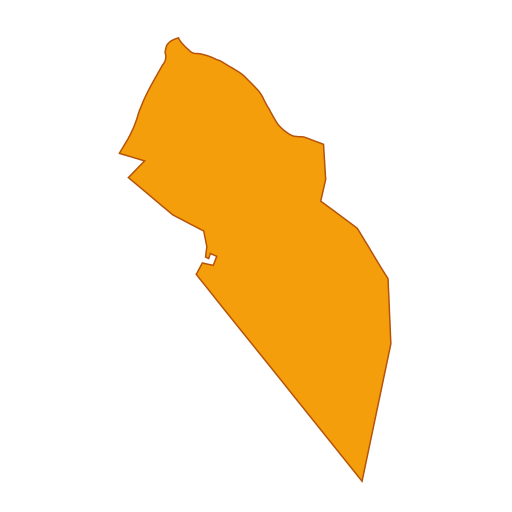 Al Hazm, Al Jawf, Yemen (Robinson projection), rotated 14°
{"feature_id": "15242507B39444871450258", "entity_name": "Al Hazm", "entity_type": "district", "adm_level": 2, "iso_a3": "YEM", "parent_name": "Yemen", "parent_adm1": "Al Jawf", "projection": "robinson", "projection_center": [44.848, 16.077], "detail": "fine", "context": "isolated", "style": "filled", "palette": "amber", "viewbox_px": 512, "rotation_deg": 14, "n_neighbors": 0, "source": "geoboundaries", "source_scale": "gbopen_adm2", "svg_char_len": 2329}
<svg xmlns="http://www.w3.org/2000/svg" viewBox="0 0 512 512"><g transform="rotate(14 256 256)"><path d="M128.0,63.1L127.0,63.7L124.0,65.7L121.1,68.3L119.5,70.7L118.6,72.6L118.5,73.2L118.3,74.8L118.3,78.0L118.6,80.6L120.1,83.5L120.6,86.3L120.6,88.7L120.1,91.1L119.2,93.0L116.4,103.1L114.1,111.4L112.2,118.7L111.0,124.0L110.7,125.1L109.3,132.2L108.4,138.5L107.7,143.1L107.4,146.7L107.2,151.6L106.5,158.4L105.8,162.9L104.7,168.3L103.4,173.6L101.1,181.2L98.6,189.3L98.6,189.5L106.0,189.8L124.9,190.7L122.5,194.8L113.2,210.8L132.5,220.2L139.3,223.5L140.1,223.9L144.7,226.2L145.3,226.5L145.6,226.6L147.3,227.4L149.4,228.5L152.8,230.2L155.0,231.2L163.8,235.5L165.2,236.2L168.4,237.0L168.8,237.1L178.0,239.3L184.5,240.9L186.1,241.3L190.2,242.2L190.8,242.4L192.9,242.9L193.6,243.1L198.4,244.2L199.2,244.4L202.0,250.3L203.0,252.3L203.1,252.6L205.5,257.6L206.1,258.9L206.6,263.5L206.7,264.2L207.3,269.2L207.5,269.2L209.6,269.7L210.7,269.9L211.1,264.6L218.0,265.8L217.3,271.4L216.8,275.4L208.2,275.7L205.8,275.7L205.8,275.8L205.7,275.8L205.5,276.2L203.0,286.2L203.1,286.3L202.4,288.2L206.6,291.5L212.7,296.1L220.4,302.0L232.5,311.3L255.2,328.6L278.2,346.0L282.4,349.2L313.5,372.8L327.6,383.6L404.2,441.9L413.4,448.9L408.1,308.6L400.8,283.9L399.4,279.3L395.7,266.5L391.3,251.9L391.2,251.4L389.9,246.9L389.6,246.1L379.9,236.8L365.7,222.6L362.2,219.0L359.2,216.1L347.6,204.6L331.6,197.9L322.5,194.1L305.5,187.1L305.1,164.8L303.0,158.3L294.5,131.3L282.2,129.9L279.5,129.5L277.4,129.3L275.5,129.1L274.1,129.0L273.2,129.0L272.1,129.2L271.2,129.3L269.7,129.6L268.7,129.9L267.6,130.1L266.3,130.2L263.9,130.6L261.7,130.4L259.1,129.8L256.0,128.7L252.0,127.0L249.5,125.6L247.3,124.2L245.4,122.9L242.6,120.3L239.6,117.2L236.0,113.4L232.9,109.9L230.9,108.1L228.8,105.8L226.9,103.7L225.6,102.1L224.2,100.4L222.6,98.7L221.1,97.3L218.9,95.4L216.6,93.9L214.3,92.4L211.0,90.3L210.8,90.2L208.0,88.5L205.4,87.0L203.3,85.7L201.4,84.5L199.3,83.4L197.1,82.5L194.5,81.5L190.9,80.4L186.8,79.1L183.6,78.3L181.1,77.4L179.0,76.8L177.2,76.2L175.2,75.6L173.1,75.1L171.4,75.1L168.9,74.7L165.6,74.0L163.2,73.7L161.3,73.5L159.1,73.3L157.2,73.3L155.2,73.3L153.0,73.3L151.3,73.6L149.7,73.8L148.3,74.2L147.1,74.3L145.4,74.3L143.1,73.6L139.9,71.8L136.7,70.1L133.8,68.2L131.7,66.8L129.7,65.0L128.1,63.3L128.0,63.1Z" fill="#f59e0b" stroke="#b45309" stroke-width="1.5"/></g></svg>